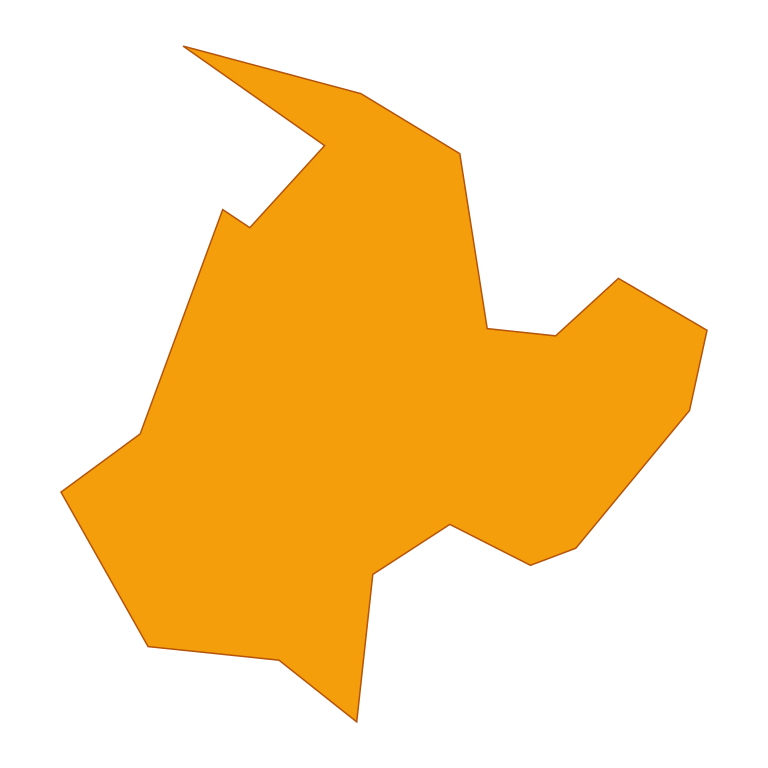 Centar, Čair, North Macedonia
{"feature_id": "65306769B31528709538806", "entity_name": "Centar", "entity_type": "district", "adm_level": 2, "iso_a3": "MKD", "parent_name": "North Macedonia", "parent_adm1": "Čair", "projection": "equal_earth", "projection_center": [21.43, 41.996], "detail": "fine", "context": "isolated", "style": "filled", "palette": "amber", "viewbox_px": 768, "rotation_deg": 0, "n_neighbors": 0, "source": "geoboundaries", "source_scale": "gbopen_adm2", "svg_char_len": 381}
<svg xmlns="http://www.w3.org/2000/svg" viewBox="0 0 768 768"><path d="M689.5,410.5L707.0,330.3L618.4,278.4L555.6,335.9L487.2,328.6L459.8,153.7L361.0,93.7L183.1,46.1L324.6,145.6L249.8,227.7L222.7,209.6L140.2,433.9L61.0,492.1L148.1,646.6L279.0,660.2L356.7,721.9L372.8,574.4L449.8,524.4L530.4,565.3L575.8,548.2L689.5,410.5Z" fill="#f59e0b" stroke="#b45309" stroke-width="1.5"/></svg>